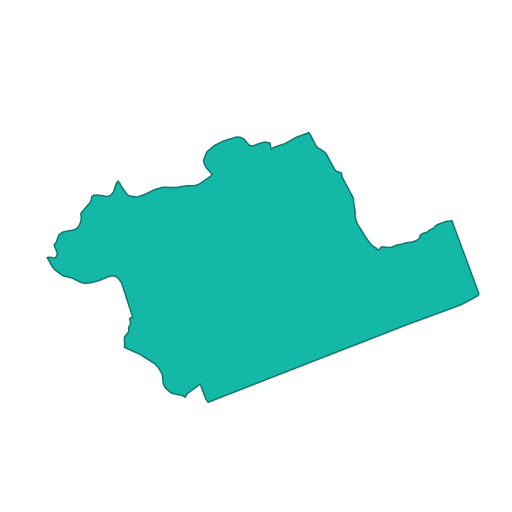 outline of Plateaux, rotated 69°
{"feature_id": "TGO-86", "entity_name": "Plateaux", "entity_type": "Region", "adm_level": 1, "iso_a3": "TGO", "parent_name": "Togo", "parent_adm1": "", "projection": "albers", "projection_center": [0.996, 7.453], "detail": "fine", "context": "isolated", "style": "filled", "palette": "teal", "viewbox_px": 512, "rotation_deg": 69, "n_neighbors": 0, "source": "natural_earth", "source_scale": "10m", "svg_char_len": 2712}
<svg xmlns="http://www.w3.org/2000/svg" viewBox="0 0 512 512"><g transform="rotate(69 256 256)"><path d="M161.6,203.6L161.0,199.4L161.5,188.3L159.6,176.1L159.8,163.4L159.6,162.4L163.9,161.6L174.5,160.6L177.7,159.3L178.9,158.1L180.5,156.8L183.8,154.7L185.8,153.9L202.6,151.7L204.8,151.1L205.6,150.6L206.4,149.9L208.6,146.8L209.6,146.5L210.6,146.7L211.7,147.2L214.7,147.2L234.9,144.6L237.9,144.6L240.3,145.5L249.2,147.3L250.9,147.9L253.1,148.8L256.2,149.6L259.6,149.9L263.4,149.7L281.2,146.1L287.5,144.1L293.9,139.7L294.1,139.4L294.3,139.1L294.4,138.5L293.3,137.2L292.8,136.4L292.7,135.3L293.0,134.4L295.9,128.4L296.2,127.3L296.4,126.1L296.2,120.9L297.2,116.1L297.4,112.0L297.8,109.5L298.8,106.1L299.0,104.8L299.0,100.7L298.8,99.4L298.5,98.3L298.0,97.4L296.4,96.0L295.7,95.2L295.2,94.3L294.8,93.3L294.7,92.2L295.1,88.6L294.9,87.5L294.3,85.2L294.0,84.0L293.8,81.4L293.6,80.2L292.2,77.3L291.9,76.1L291.7,74.8L291.9,65.7L292.1,64.6L293.0,62.8L293.1,61.8L293.1,60.5L370.4,61.4L371.7,61.8L372.7,63.8L375.0,82.0L374.7,106.4L374.2,140.3L374.4,174.0L374.6,216.1L374.6,219.9L374.7,238.2L374.8,259.1L375.0,290.8L375.2,321.7L375.4,353.0L371.6,354.1L355.6,354.0L359.7,369.1L362.1,372.6L362.4,372.9L361.5,373.4L359.6,375.0L355.3,381.9L354.0,383.6L352.7,384.8L348.9,386.8L345.3,388.1L344.0,388.3L341.4,388.2L338.8,387.7L334.1,386.2L332.1,386.0L329.6,386.3L324.8,387.3L320.7,388.9L306.1,399.7L294.2,411.5L292.4,410.7L285.7,408.4L284.8,407.8L284.1,407.1L281.6,402.8L281.3,402.4L280.8,402.0L279.5,401.4L278.4,401.0L277.4,400.5L276.5,399.9L275.8,399.2L275.3,398.3L274.6,397.5L273.6,397.1L269.9,396.6L269.1,396.1L268.7,395.4L269.2,393.9L268.8,393.3L267.8,393.0L233.3,391.1L229.3,392.0L227.2,392.8L225.2,393.9L224.2,394.9L223.4,396.3L222.6,398.8L222.3,401.4L222.7,411.5L221.8,419.7L220.5,424.5L219.5,426.6L218.5,428.1L217.0,429.8L210.8,435.5L208.8,438.0L206.6,441.5L205.3,443.2L204.5,443.9L197.1,448.6L193.6,449.9L185.2,451.1L182.7,451.5L182.8,450.2L184.1,447.5L185.6,445.5L185.7,443.5L183.0,440.8L181.1,440.4L175.2,440.6L173.2,440.4L171.3,437.1L168.4,434.9L165.6,432.3L164.4,427.9L166.3,417.1L166.1,413.7L164.3,410.2L161.2,407.3L157.5,405.3L153.9,404.5L152.5,402.6L146.4,391.2L143.8,389.2L141.8,388.0L141.1,386.0L142.5,381.5L147.0,374.0L147.5,370.4L145.0,365.9L139.0,361.3L136.6,358.0L139.7,357.1L142.8,356.8L151.7,354.5L154.4,353.0L158.5,345.7L158.6,336.4L157.7,326.9L158.4,318.5L163.5,305.8L165.5,295.9L168.3,288.1L168.6,283.5L165.2,269.6L163.8,267.7L156.0,270.6L151.9,271.3L148.0,270.8L141.4,264.9L138.0,255.5L137.0,245.0L137.8,232.7L138.5,230.1L139.8,227.8L142.0,225.7L144.8,224.5L148.1,223.5L151.0,222.1L152.2,219.2L152.1,213.4L152.8,206.8L155.5,202.5L161.6,203.6Z" fill="#14b8a6" stroke="#0f766e" stroke-width="1.5"/></g></svg>